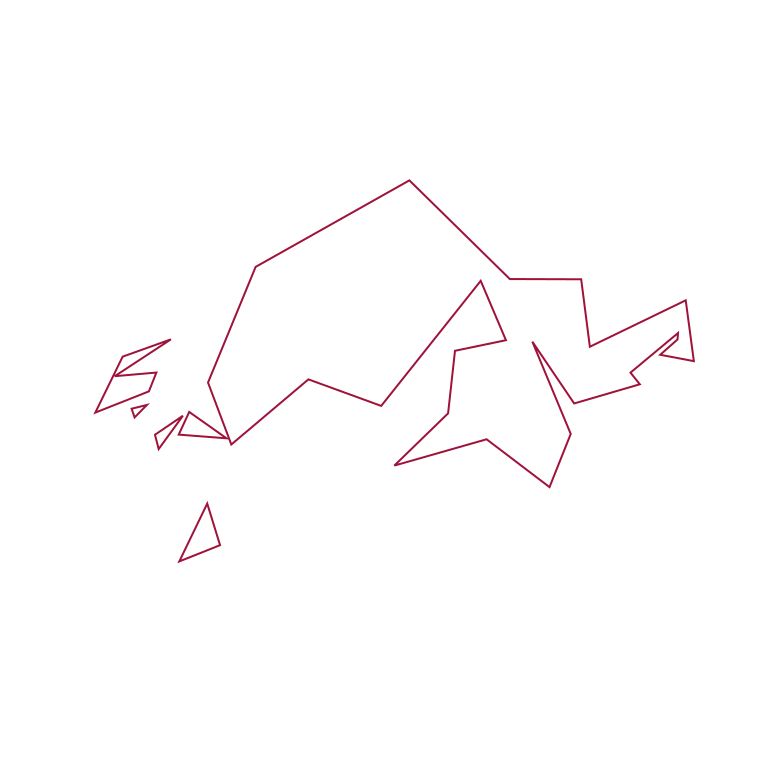 the border of Papua Barat, rotated 314°
{"feature_id": "IDN-1933", "entity_name": "Papua Barat", "entity_type": "Province", "adm_level": 1, "iso_a3": "IDN", "parent_name": "Indonesia", "parent_adm1": "", "projection": "orthographic", "projection_center": [132.375, -1.612], "detail": "coarse", "context": "isolated", "style": "outline", "palette": "rose", "viewbox_px": 768, "rotation_deg": 314, "n_neighbors": 0, "source": "natural_earth", "source_scale": "10m", "svg_char_len": 771}
<svg xmlns="http://www.w3.org/2000/svg" viewBox="0 0 768 768"><g transform="rotate(314 384 384)"><path d="M615.7,591.0L596.9,562.4L619.9,564.2L624.9,560.1L563.4,553.4L561.5,568.2L502.1,534.3L517.5,461.3L477.8,553.0L424.8,574.7L415.5,496.2L332.5,448.1L407.4,450.5L457.2,412.0L500.2,441.3L525.4,381.9L366.3,397.2L334.8,326.4L234.4,316.2L262.8,256.4L379.1,210.3L548.1,260.8L546.9,401.6L596.3,453.1L553.8,506.2L653.8,542.9L615.7,591.0ZM268.1,199.7L202.6,184.9L234.1,212.3L215.4,220.0L162.9,196.2L222.1,177.0L268.1,199.7ZM175.2,339.9L154.2,378.0L114.2,360.0L175.2,339.9ZM228.6,263.3L235.5,308.4L205.0,271.5L228.6,263.3ZM188.4,254.5L221.5,261.4L180.7,267.1L188.4,254.5ZM190.9,219.6L204.2,228.0L186.7,227.8L190.9,219.6Z" fill="none" stroke="#9f1239" stroke-width="2"/></g></svg>